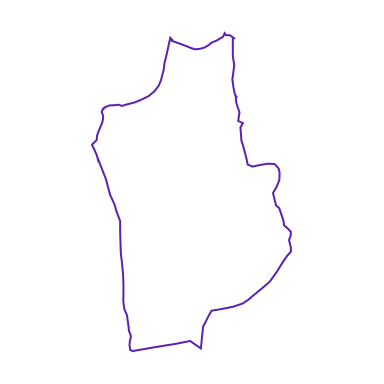 Potupo, River Gee, Liberia, rotated 170°
{"feature_id": "62588387B58359330496040", "entity_name": "Potupo", "entity_type": "district", "adm_level": 2, "iso_a3": "LBR", "parent_name": "Liberia", "parent_adm1": "River Gee", "projection": "albers", "projection_center": [-7.817, 5.334], "detail": "fine", "context": "isolated", "style": "outline", "palette": "violet", "viewbox_px": 384, "rotation_deg": 170, "n_neighbors": 0, "source": "geoboundaries", "source_scale": "gbopen_adm2", "svg_char_len": 2063}
<svg xmlns="http://www.w3.org/2000/svg" viewBox="0 0 384 384"><g transform="rotate(170 192 192)"><path d="M105.7,205.0L105.9,205.2L113.0,206.8L120.0,206.8L127.9,206.5L132.4,209.3L132.6,216.2L133.4,225.9L133.9,230.4L134.0,231.3L134.4,234.3L134.0,237.8L133.4,243.8L133.1,247.2L129.9,250.9L134.2,254.0L131.4,262.1L132.0,265.8L132.9,272.0L132.4,278.4L131.8,278.3L132.8,280.5L132.9,285.7L133.0,287.4L133.0,287.8L133.0,288.2L132.7,296.0L131.0,301.1L130.8,301.5L130.7,302.1L128.4,309.5L128.2,318.7L126.6,327.8L125.3,335.4L123.9,336.2L127.5,339.8L131.4,340.6L132.3,342.7L133.5,340.9L134.7,339.3L135.0,339.2L137.0,338.6L141.3,336.9L146.8,335.7L150.2,333.7L153.4,332.6L154.5,332.1L159.4,331.6L164.1,332.0L168.3,334.1L170.7,335.7L173.5,337.4L181.4,342.0L182.7,342.7L183.8,343.3L185.6,344.4L185.1,345.4L186.6,347.6L189.4,340.9L192.8,332.6L196.7,323.7L198.7,317.2L203.2,307.4L206.3,302.5L211.3,297.9L218.0,294.0L227.0,291.4L233.4,290.1L240.7,289.6L246.1,289.0L249.2,290.7L252.8,290.9L258.3,291.6L263.4,290.4L264.5,289.4L264.4,290.4L267.1,286.5L266.5,284.0L266.5,280.8L268.3,275.9L273.4,268.2L275.8,263.8L276.9,259.6L281.3,256.7L282.4,255.7L281.3,252.6L279.4,244.9L278.9,239.6L278.6,240.0L277.2,232.8L274.5,219.6L274.0,213.5L273.1,203.1L270.4,193.0L269.9,187.2L267.8,175.7L269.5,166.4L270.9,156.9L272.8,143.5L273.2,134.9L274.2,122.7L275.5,113.4L277.3,103.1L278.6,96.4L279.0,88.5L277.4,81.8L277.6,78.4L277.8,71.2L278.2,66.2L277.3,62.2L277.5,59.3L279.1,56.0L280.1,52.2L280.2,51.8L280.1,49.6L280.3,47.3L278.0,45.5L275.5,45.7L262.9,45.6L259.1,45.6L255.8,45.6L234.2,45.3L219.7,45.6L212.8,38.7L210.4,36.4L209.7,38.9L207.5,46.8L204.4,57.5L196.8,67.6L193.3,71.7L183.7,71.6L171.3,71.9L161.5,73.4L155.1,76.2L149.6,79.5L145.0,82.0L131.1,90.1L122.5,98.5L117.7,103.9L114.4,107.6L109.3,112.7L105.0,116.0L104.3,120.0L104.8,127.9L102.4,131.9L101.6,135.7L104.4,140.0L107.1,143.1L106.9,148.1L108.8,160.1L108.9,160.9L110.5,162.9L110.8,163.3L111.6,164.4L112.4,176.9L107.8,182.5L106.2,184.9L103.8,188.8L102.4,195.8L102.6,200.1L105.7,205.0Z" fill="none" stroke="#5b21b6" stroke-width="2"/></g></svg>